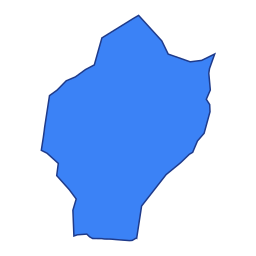 outline of Bayandelger, Sühbaatar, Mongolia
{"feature_id": "93677404B18322501666911", "entity_name": "Bayandelger", "entity_type": "district", "adm_level": 2, "iso_a3": "MNG", "parent_name": "Mongolia", "parent_adm1": "Sühbaatar", "projection": "orthographic", "projection_center": [112.368, 45.634], "detail": "fine", "context": "isolated", "style": "filled", "palette": "blue", "viewbox_px": 256, "rotation_deg": 0, "n_neighbors": 0, "source": "geoboundaries", "source_scale": "gbopen_adm2", "svg_char_len": 762}
<svg xmlns="http://www.w3.org/2000/svg" viewBox="0 0 256 256"><path d="M214.7,54.0L201.6,60.4L190.2,61.8L168.2,54.1L161.8,40.9L138.6,15.4L134.6,17.7L132.6,18.9L101.9,37.9L94.3,64.9L85.4,69.6L75.4,76.9L66.2,80.8L57.1,90.1L49.5,95.6L44.6,127.5L44.3,130.2L43.3,137.5L41.3,150.3L47.0,153.2L58.3,163.4L56.7,175.6L69.3,189.7L76.2,199.0L72.9,210.2L73.9,236.0L77.3,234.8L86.8,234.1L89.6,236.8L92.6,238.5L101.8,238.6L104.5,239.0L110.8,239.1L116.4,239.6L122.8,240.1L129.5,240.6L132.2,240.4L135.3,238.6L136.6,237.9L136.7,238.0L141.6,206.0L166.1,174.6L180.6,162.7L189.3,154.3L192.7,152.3L194.6,147.7L197.5,140.9L204.1,133.3L210.0,111.8L209.7,104.6L206.3,99.3L210.3,90.0L209.6,82.1L208.8,73.3L209.5,68.6L214.7,54.0Z" fill="#3b82f6" stroke="#1e3a8a" stroke-width="1.5"/></svg>